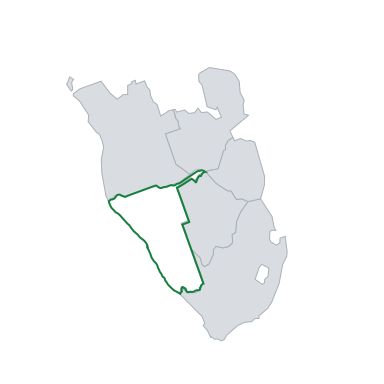 map of Namibia with South Africa, Zimbabwe, Botswana and 2 others greyed out, rotated 340°
{"feature_id": "NAM", "entity_name": "Namibia", "entity_type": "country or territory", "adm_level": 0, "iso_a3": "NAM", "parent_name": "Africa", "parent_adm1": "", "projection": "equal_earth", "projection_center": [18.141, -22.953], "detail": "fine", "context": "with_neighbors", "style": "outline", "palette": "green", "viewbox_px": 384, "rotation_deg": 340, "n_neighbors": 5, "source": "natural_earth", "source_scale": "50m", "svg_char_len": 5924}
<svg xmlns="http://www.w3.org/2000/svg" viewBox="0 0 384 384"><g transform="rotate(340 192 192)"><path d="M145.4,283.2L148.9,278.5L151.7,281.1L152.9,285.2L160.6,287.7L164.5,287.0L170.9,282.1L171.1,246.4L173.0,247.9L177.3,257.1L176.6,263.0L178.1,266.4L183.3,265.4L190.5,258.2L192.3,253.6L195.9,251.3L202.3,255.2L208.2,255.7L212.9,253.4L215.1,245.7L219.1,245.0L223.9,234.8L230.7,227.5L241.2,220.2L254.1,221.8L258.8,242.5L257.1,253.4L257.6,256.9L254.0,255.1L251.8,255.8L248.9,262.3L248.9,265.6L253.0,270.8L257.2,269.8L258.9,265.5L264.4,265.6L261.0,280.6L259.0,284.9L252.4,291.1L242.7,307.6L229.1,322.9L223.7,327.1L212.7,331.2L211.7,333.8L207.5,332.4L204.0,334.2L196.4,332.4L189.3,333.1L176.1,338.2L171.7,341.7L168.6,341.9L165.6,338.6L163.3,338.4L160.3,334.3L160.0,335.6L159.1,327.6L156.8,321.4L159.1,319.7L158.9,312.5L145.4,283.2ZM238.2,289.7L232.8,283.9L229.4,285.8L221.4,295.6L226.5,302.9L229.1,302.0L230.5,298.9L234.5,297.4L238.2,289.7Z" fill="#d9dde1" stroke="#a8b0b8" stroke-width="1"/><path d="M254.1,221.8L241.2,220.2L236.7,215.8L231.0,214.2L229.0,204.5L225.9,203.4L217.7,192.5L211.3,177.0L224.5,179.0L235.4,164.3L238.1,163.5L239.0,160.0L243.4,156.0L249.1,154.6L249.5,158.4L255.7,158.2L260.7,162.8L264.2,163.5L268.0,166.7L265.5,202.5L262.2,210.6L254.1,221.8Z" fill="#d9dde1" stroke="#a8b0b8" stroke-width="1"/><path d="M241.2,220.2L230.7,227.5L223.9,234.8L219.1,245.0L215.1,245.7L212.9,253.4L208.2,255.7L202.3,255.2L195.9,251.3L192.3,253.6L190.5,258.2L183.3,265.4L178.1,266.4L176.6,263.0L177.3,257.1L173.0,247.9L171.1,246.4L171.2,217.8L178.5,217.5L178.9,182.1L195.9,178.3L198.7,182.4L203.5,178.5L211.3,177.0L217.7,192.5L225.9,203.4L229.0,204.5L231.0,214.2L236.7,215.8L241.2,220.2Z" fill="#d9dde1" stroke="#a8b0b8" stroke-width="1"/><path d="M250.8,81.0L268.9,91.1L272.4,95.6L274.2,104.2L271.2,115.2L272.5,123.6L270.0,127.2L267.5,136.5L271.4,139.2L248.5,147.5L249.1,154.6L243.4,156.0L239.0,160.0L238.1,163.5L235.4,164.3L224.5,179.0L211.3,177.0L207.0,173.2L202.2,172.6L196.1,174.9L186.3,160.4L186.8,128.3L202.5,128.4L201.9,124.9L203.0,121.1L201.7,116.4L202.6,111.5L201.9,108.3L204.5,108.6L204.9,111.7L213.2,112.4L215.7,117.0L221.7,118.4L226.3,115.2L228.0,120.6L233.7,122.0L239.4,131.9L245.2,131.9L244.7,121.0L242.6,122.9L235.4,117.1L238.0,94.9L236.3,90.4L238.5,83.9L240.6,82.7L250.8,81.0Z" fill="#d9dde1" stroke="#a8b0b8" stroke-width="1"/><path d="M119.2,45.6L116.4,47.8L115.0,54.9L113.1,55.9L111.0,48.2L116.4,42.1L119.2,45.6ZM114.1,59.1L122.1,56.7L144.5,56.8L148.6,70.6L153.3,79.2L160.8,77.0L164.9,78.4L168.0,69.9L172.7,69.5L173.1,67.7L177.0,67.7L176.3,71.4L185.5,71.3L185.6,77.7L187.2,81.6L186.0,87.8L186.5,94.1L189.1,97.8L188.6,109.9L198.4,107.7L201.9,108.3L202.6,111.5L201.7,116.4L203.0,121.1L201.9,124.9L202.5,128.4L186.8,128.3L186.3,160.4L196.1,174.9L182.4,178.9L164.4,177.5L159.2,172.7L127.9,173.9L123.4,169.3L118.6,169.0L110.6,172.6L109.8,166.3L113.6,144.0L117.7,130.7L124.4,119.6L125.1,112.1L124.7,106.3L122.4,102.7L118.5,90.4L121.2,84.3L117.3,67.6L113.4,61.1L114.1,59.1Z" fill="#d9dde1" stroke="#a8b0b8" stroke-width="1"/><path d="M197.3,176.0L198.9,175.6L200.4,175.2L202.2,174.8L203.6,174.5L204.0,174.4L207.4,174.8L208.9,175.1L209.4,175.3L210.0,176.0L211.3,177.6L210.9,177.5L208.6,177.8L207.8,178.3L205.8,180.1L205.4,179.9L204.9,179.5L204.5,179.4L203.7,179.9L202.8,180.4L201.9,181.2L201.1,181.9L200.8,182.3L199.6,183.9L199.2,184.1L198.8,184.2L198.7,184.1L198.6,183.5L197.8,181.9L196.6,179.9L196.3,179.7L196.1,179.6L195.2,179.7L192.6,180.3L190.4,180.8L187.1,181.6L183.5,182.3L181.3,182.7L179.4,182.8L179.3,184.8L179.3,188.9L179.3,192.9L179.3,197.0L179.3,201.0L179.2,205.1L179.2,209.1L179.2,213.2L179.2,217.2L179.2,218.9L179.1,219.3L178.0,219.3L175.5,219.3L173.5,219.3L171.8,219.3L171.8,221.7L171.8,224.5L171.8,227.3L171.8,230.1L171.7,233.0L171.7,235.8L171.7,238.6L171.7,241.4L171.7,244.2L171.7,246.3L171.7,246.5L171.7,250.6L171.7,254.9L171.6,259.2L171.6,263.5L171.6,267.8L171.6,272.1L171.5,276.4L171.5,280.7L171.5,282.0L170.8,282.0L169.3,282.5L168.3,283.2L167.9,284.0L167.4,284.5L166.7,284.7L166.4,285.1L166.5,285.8L166.2,286.3L165.6,286.7L164.6,286.6L163.3,286.0L161.6,285.9L159.5,286.2L158.0,286.0L157.1,285.5L156.2,285.1L155.1,285.0L154.6,284.8L153.3,284.4L153.1,283.6L153.0,283.1L152.6,282.5L152.6,282.0L152.9,281.7L152.9,281.1L152.7,280.3L152.4,279.9L151.9,279.9L151.6,279.6L151.5,279.0L151.2,278.5L150.5,278.0L149.6,278.4L149.2,278.9L149.0,279.8L148.8,280.2L148.7,281.0L148.6,281.5L148.4,282.0L148.1,282.2L147.9,282.1L147.5,282.4L146.5,283.2L146.2,283.6L145.4,282.8L143.0,279.9L142.2,279.2L140.9,277.4L138.2,271.8L137.8,270.7L137.2,268.0L136.6,266.0L136.5,264.9L136.8,264.2L136.6,263.3L136.3,262.5L135.4,261.5L135.1,258.0L134.4,255.7L134.5,253.9L134.2,252.2L134.2,251.1L134.3,249.0L133.8,246.6L132.7,244.3L131.8,240.9L131.6,239.4L131.7,235.4L131.5,233.8L131.5,231.9L131.1,229.9L130.9,228.8L131.2,228.0L131.3,228.2L131.6,228.4L131.8,227.2L131.8,226.2L131.3,223.7L130.3,221.2L127.7,217.0L127.0,215.4L126.7,214.1L123.7,208.6L122.5,204.7L121.6,201.4L120.6,199.8L116.2,188.9L115.2,187.1L113.4,185.0L113.0,184.3L112.3,182.3L111.0,179.6L110.6,177.1L110.5,174.3L110.7,172.1L111.8,171.9L112.7,171.3L113.4,171.3L114.2,171.7L114.9,171.8L115.2,171.7L116.7,171.7L117.5,171.2L118.4,170.7L119.0,170.2L119.7,169.8L120.7,169.3L121.3,169.3L122.1,169.5L123.0,169.7L123.5,170.0L124.2,171.0L125.2,172.0L125.9,172.5L126.8,173.2L127.0,173.5L127.4,173.7L127.6,173.7L129.2,173.6L130.6,173.5L132.1,173.5L134.9,173.5L137.8,173.5L140.6,173.5L143.5,173.5L146.3,173.5L149.2,173.5L152.0,173.5L154.9,173.5L156.0,173.5L158.1,173.6L160.2,173.6L160.4,173.7L160.7,173.9L160.9,174.0L161.6,175.3L162.6,176.7L163.4,177.3L164.4,177.7L165.3,177.8L166.1,177.7L167.5,177.9L169.5,178.3L171.5,178.4L173.6,178.3L175.1,178.5L175.9,179.1L176.8,179.6L177.7,179.8L178.9,179.7L180.4,179.2L181.7,179.2L182.3,179.6L182.7,179.6L184.9,179.1L186.7,178.7L189.4,178.0L191.7,177.4L195.0,176.6L197.3,176.0Z" fill="none" stroke="#15803d" stroke-width="2"/></g></svg>